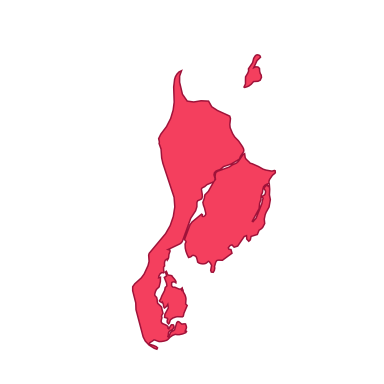 Nordjylland, Natural Earth projection, rotated 304°
{"feature_id": "DNK-3418", "entity_name": "Nordjylland", "entity_type": "Region", "adm_level": 1, "iso_a3": "DNK", "parent_name": "Denmark", "parent_adm1": "", "projection": "natural_earth1", "projection_center": [9.42, 57.153], "detail": "fine", "context": "isolated", "style": "filled", "palette": "rose", "viewbox_px": 384, "rotation_deg": 304, "n_neighbors": 0, "source": "natural_earth", "source_scale": "10m", "svg_char_len": 5503}
<svg xmlns="http://www.w3.org/2000/svg" viewBox="0 0 384 384"><g transform="rotate(304 192 192)"><path d="M152.4,255.4L150.3,252.0L149.3,251.1L148.8,250.8L146.8,251.0L142.7,252.4L141.7,253.4L139.4,254.4L137.3,254.5L136.4,252.8L137.5,251.3L142.2,249.2L143.3,247.0L143.9,245.2L143.7,244.3L141.1,243.6L140.1,243.0L139.2,242.1L138.5,241.2L138.0,240.3L137.4,239.0L137.0,237.4L137.1,235.8L137.6,235.4L140.0,232.7L140.3,232.1L140.7,231.4L140.7,229.9L140.2,228.4L139.5,227.7L138.3,227.5L137.4,227.1L135.8,225.8L137.7,222.6L139.6,220.0L141.7,217.8L144.8,215.5L145.6,215.2L146.3,215.1L147.2,215.0L147.7,214.6L148.3,212.7L148.6,212.3L163.8,208.7L167.1,208.8L179.0,212.3L179.0,213.3L177.7,213.9L177.7,214.7L178.4,215.5L179.8,216.0L181.2,215.9L182.2,215.2L185.9,211.1L187.6,208.7L189.5,206.8L193.5,205.8L196.8,204.3L201.7,205.2L212.6,204.3L206.5,200.3L203.5,199.5L201.4,198.3L200.3,198.0L199.5,198.3L195.9,201.7L194.0,203.2L191.8,203.9L189.9,202.9L188.0,201.6L186.1,201.9L182.5,204.3L178.4,205.5L169.6,205.6L146.2,211.5L144.2,211.6L142.3,211.0L130.9,204.3L131.5,206.0L130.7,206.9L127.3,207.8L124.8,209.2L123.5,209.6L121.8,209.6L122.5,208.8L120.6,208.0L118.9,208.3L117.1,209.3L115.4,210.6L113.8,210.5L111.7,211.9L109.9,213.5L109.1,213.7L108.3,212.0L106.3,211.3L103.9,211.5L102.2,212.3L103.7,213.5L100.0,215.9L94.9,217.8L91.3,217.0L88.9,217.4L86.5,218.2L85.4,219.1L84.8,221.7L83.4,223.2L81.8,224.4L80.5,225.8L79.9,229.6L79.8,229.9L79.6,231.0L79.1,231.7L78.4,232.2L75.2,235.8L72.9,235.9L71.8,236.3L71.3,237.1L70.5,237.6L68.8,238.1L67.2,239.0L66.4,240.7L67.2,245.1L67.1,247.2L65.6,248.4L65.6,249.3L69.7,249.0L70.6,249.3L71.4,250.9L70.7,252.0L69.4,252.6L68.1,252.8L66.9,252.6L64.5,251.3L63.2,251.0L61.9,251.3L59.9,252.5L58.6,252.8L58.6,253.8L63.5,252.8L64.9,253.2L67.1,254.4L68.1,254.6L75.3,252.4L76.8,252.8L77.1,253.8L76.8,256.3L76.8,257.4L78.3,259.2L79.0,260.4L77.5,262.4L76.4,263.3L75.0,263.7L73.6,263.9L72.7,264.3L72.7,264.8L74.0,265.4L71.9,265.5L69.1,263.6L66.6,261.2L65.5,259.6L64.6,257.7L62.3,256.1L59.5,255.0L56.8,254.6L55.0,254.0L52.9,252.3L50.9,250.2L49.6,248.4L48.4,243.7L47.8,243.0L46.4,242.6L43.5,241.3L41.8,241.2L43.3,246.0L43.8,248.9L43.5,250.6L42.0,250.8L41.3,248.1L41.1,242.0L42.3,236.6L44.6,232.5L63.1,211.4L68.6,207.4L77.0,198.0L80.3,195.8L83.9,195.9L92.4,198.0L97.2,198.2L106.4,196.7L110.5,195.2L115.4,191.4L117.2,190.8L142.7,193.4L152.0,192.7L161.2,190.2L170.0,186.1L177.6,180.1L199.5,151.8L203.3,147.8L210.3,142.3L213.8,137.6L215.2,137.0L217.6,134.5L222.5,133.8L231.9,134.3L241.0,133.2L249.3,130.6L256.5,127.0L268.8,118.1L275.6,114.6L278.3,113.8L281.4,113.6L284.3,114.1L286.7,115.5L281.2,116.9L276.0,120.4L267.7,129.4L264.7,137.2L267.6,143.1L272.7,148.5L276.6,154.9L273.7,160.7L273.8,167.5L276.0,180.9L274.3,182.9L269.1,185.6L266.6,187.7L263.1,193.0L261.5,196.6L260.3,202.2L257.8,208.5L256.6,210.6L255.7,211.5L254.9,212.0L253.8,212.3L249.0,212.2L247.5,212.5L245.7,212.9L237.1,208.8L230.8,204.0L226.5,202.8L223.1,200.3L220.6,199.8L218.6,200.6L215.7,203.9L213.7,204.3L215.6,204.4L217.8,202.5L219.5,201.6L221.4,200.9L223.5,201.6L233.6,209.0L236.9,210.2L240.8,212.7L243.1,213.3L251.3,213.4L253.2,214.2L250.4,216.7L249.7,217.8L249.3,219.5L248.7,223.1L248.4,224.1L249.1,226.2L250.3,232.9L250.7,238.2L251.5,241.0L254.0,246.6L254.9,247.4L255.9,248.2L256.1,249.1L254.7,250.2L253.9,250.3L251.5,249.5L250.2,249.3L245.6,249.3L244.0,249.8L242.2,251.0L240.4,249.7L238.5,248.7L236.3,248.4L233.7,249.3L231.4,250.5L230.5,250.8L228.8,251.0L227.3,251.6L224.1,253.4L220.4,254.4L215.8,256.9L201.5,258.3L201.5,259.2L206.1,259.8L221.5,256.4L224.9,254.9L226.4,254.6L226.7,254.4L226.8,253.7L227.0,253.1L227.8,252.8L228.6,253.0L230.0,253.7L230.6,253.8L231.7,253.6L232.9,253.1L234.0,252.4L234.4,251.5L235.1,249.7L236.7,249.5L240.1,250.2L239.8,250.7L239.3,252.0L241.1,252.2L237.7,254.9L232.9,257.8L229.5,261.2L222.6,264.3L216.5,264.8L214.0,265.4L209.9,267.1L206.5,269.9L202.2,270.4L200.5,270.1L197.8,269.0L193.3,269.9L188.2,265.8L184.9,267.1L182.9,266.6L183.6,263.7L186.3,261.6L184.3,260.2L172.7,260.1L169.8,257.8L170.5,254.7L168.9,253.5L166.0,253.3L165.2,254.6L166.1,256.5L163.6,259.4L159.8,258.0L152.4,255.4ZM101.3,245.6L100.0,246.8L95.7,249.3L95.2,251.5L87.0,253.1L84.2,254.2L83.1,253.8L80.4,249.5L79.3,248.4L76.8,246.6L74.4,245.7L73.7,245.6L70.6,246.5L69.5,246.3L69.9,244.8L70.3,244.1L71.1,243.6L72.0,243.1L73.0,243.0L73.5,242.4L73.3,241.1L72.9,239.9L72.7,239.4L75.5,237.9L82.7,237.2L85.3,234.8L84.0,234.9L82.8,234.8L81.6,234.5L80.4,234.0L81.0,232.8L83.1,230.8L83.9,229.4L83.6,229.5L83.4,228.5L83.3,226.3L83.6,225.8L84.4,225.8L85.3,225.9L86.0,225.8L88.9,225.1L94.9,224.4L97.9,223.2L100.1,223.7L102.2,221.8L105.7,216.8L108.0,217.9L109.5,216.4L110.6,214.7L111.9,215.0L111.3,216.1L110.1,217.7L109.8,218.7L110.0,219.2L111.0,221.1L111.3,222.2L111.0,222.5L109.8,226.7L109.0,228.4L108.5,229.0L107.7,229.4L107.7,227.9L107.2,226.9L106.4,226.2L105.6,225.8L103.2,227.2L102.8,227.7L102.4,229.1L102.7,230.0L103.2,230.6L103.5,231.2L104.3,235.6L105.2,237.0L107.0,237.5L106.3,238.2L105.7,238.5L105.0,238.5L104.1,238.5L104.9,238.9L105.6,239.4L104.2,240.8L102.7,243.8L101.3,245.6ZM337.3,168.4L340.1,168.3L341.3,168.6L342.2,169.3L342.9,170.9L342.9,172.2L342.1,173.4L339.9,173.0L337.4,172.4L329.6,173.7L331.3,174.7L332.5,176.7L332.2,178.8L329.8,180.7L328.4,182.3L327.6,184.0L325.9,185.5L322.8,186.0L320.7,184.8L318.0,181.3L314.4,180.8L311.6,179.8L309.8,178.6L308.1,177.2L308.1,176.4L311.5,175.9L314.9,173.6L317.4,172.0L321.5,171.8L323.9,171.3L325.7,169.9L333.2,169.9L337.3,168.4Z" fill="#f43f5e" stroke="#9f1239" stroke-width="1.5"/></g></svg>